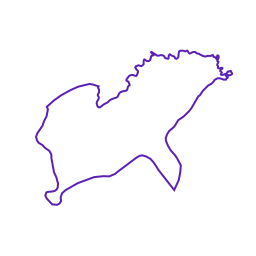 Santiago Atitlán, Sololá, Guatemala (Mercator projection), rotated 15°
{"feature_id": "79465075B45388350866104", "entity_name": "Santiago Atitlán", "entity_type": "district", "adm_level": 2, "iso_a3": "GTM", "parent_name": "Guatemala", "parent_adm1": "Sololá", "projection": "mercator", "projection_center": [-91.211, 14.599], "detail": "fine", "context": "isolated", "style": "outline", "palette": "violet", "viewbox_px": 256, "rotation_deg": 15, "n_neighbors": 0, "source": "geoboundaries", "source_scale": "gbopen_adm2", "svg_char_len": 4150}
<svg xmlns="http://www.w3.org/2000/svg" viewBox="0 0 256 256"><g transform="rotate(15 128 128)"><path d="M74.5,221.4L79.5,220.5L81.4,218.7L82.3,215.9L80.9,212.4L81.2,208.1L83.8,204.1L93.6,194.4L108.0,184.2L116.7,180.9L122.4,179.6L127.5,175.6L128.8,173.6L144.1,154.1L146.6,151.8L148.8,150.7L153.4,150.9L157.8,152.1L161.6,154.6L165.6,158.1L168.1,160.5L188.7,176.0L190.5,165.1L189.9,157.1L188.7,150.4L183.3,144.6L180.3,142.0L175.1,138.6L171.1,134.7L168.0,130.6L167.1,127.9L167.4,123.9L168.4,120.5L172.4,114.6L174.5,107.4L178.8,102.5L182.5,96.2L184.2,92.2L187.6,79.5L189.0,77.7L190.6,72.9L194.4,66.2L197.1,63.7L198.5,61.4L199.3,59.0L201.6,56.8L204.1,56.2L208.1,56.5L210.2,55.8L210.2,55.1L210.5,54.2L211.1,53.9L211.2,53.0L210.5,52.7L209.0,52.1L209.3,51.3L210.1,51.1L211.0,51.0L211.8,50.9L212.7,50.7L213.4,50.2L214.1,49.6L214.5,48.9L214.3,48.2L213.8,47.8L212.5,46.3L211.8,46.6L211.5,47.1L210.8,47.4L210.1,47.4L209.6,48.0L209.5,48.7L209.3,49.4L208.8,50.1L207.7,50.8L206.3,51.8L205.5,52.3L204.7,52.5L203.9,52.3L203.9,51.4L204.1,50.8L204.2,50.1L203.4,49.6L202.4,49.2L202.3,48.5L202.5,47.9L202.9,47.3L203.8,46.1L203.5,45.5L202.9,45.6L200.6,46.9L199.8,46.9L199.2,46.4L199.2,45.6L198.8,44.7L198.1,44.4L197.8,43.8L197.8,43.0L198.1,42.0L198.2,40.7L197.3,40.5L196.8,40.0L196.9,39.4L197.1,38.5L197.3,37.5L197.3,36.5L197.1,35.6L196.7,34.9L196.2,34.6L195.5,34.9L195.5,35.8L195.5,36.6L195.7,37.6L195.6,38.3L194.9,38.0L194.5,37.4L193.9,37.1L192.8,37.1L192.1,37.0L191.6,36.3L191.0,35.6L190.3,36.1L189.5,36.7L188.7,37.1L187.9,37.3L187.3,37.5L186.4,37.6L185.5,38.2L184.5,38.8L183.5,39.0L182.9,39.0L181.8,39.0L180.6,38.8L179.7,38.5L178.8,38.5L178.0,38.2L177.1,37.9L176.1,38.1L175.3,38.1L174.3,37.8L173.5,37.3L172.8,37.3L171.9,37.5L171.1,37.9L170.5,38.3L170.1,38.6L169.5,39.2L168.9,39.8L168.3,40.1L167.6,39.9L167.1,39.6L165.8,38.3L165.2,37.9L164.5,38.4L163.8,39.1L162.8,39.1L162.1,39.0L161.4,39.1L160.6,39.2L159.8,39.4L159.2,39.6L158.2,40.0L157.5,41.0L157.6,42.0L157.8,43.4L157.8,44.0L158.0,44.8L158.2,45.7L158.2,46.5L157.9,47.4L157.4,48.2L156.6,48.7L155.4,48.4L154.9,47.6L154.1,47.0L153.3,46.9L152.7,46.9L151.7,46.8L150.8,46.5L149.3,46.0L148.9,46.4L148.7,47.3L148.7,47.9L148.8,48.5L149.0,49.4L149.1,50.3L148.7,50.8L147.9,50.8L147.2,50.8L146.4,50.9L145.5,50.7L144.9,49.9L144.0,49.0L143.1,48.9L142.3,48.9L141.7,48.9L140.6,49.2L139.0,50.1L138.2,50.4L137.1,50.5L136.4,50.3L135.7,49.9L135.1,49.7L131.0,48.4L130.7,48.9L131.4,49.4L132.2,49.8L133.5,50.3L133.9,51.0L133.3,51.6L132.3,51.9L131.8,52.7L131.9,56.4L131.6,57.0L131.0,57.7L130.5,58.1L129.2,58.4L128.3,58.3L127.6,58.0L126.7,57.6L126.0,57.6L125.8,58.6L125.8,59.2L125.9,59.9L126.3,61.3L126.6,62.2L126.2,63.1L125.0,64.7L124.2,64.8L123.4,64.8L122.8,64.7L122.1,64.7L121.3,65.1L119.6,66.5L119.3,67.5L119.9,68.2L120.7,69.0L122.7,70.3L123.2,71.2L123.1,72.1L123.0,73.6L122.9,74.7L122.4,75.6L121.5,75.7L119.1,75.6L118.1,75.7L117.3,76.1L116.4,76.7L115.5,77.6L114.6,79.9L114.1,81.1L114.0,82.2L114.5,82.8L115.3,82.9L116.5,83.2L117.0,84.0L117.4,84.6L118.0,85.2L118.5,86.2L118.0,86.9L117.5,87.5L117.3,88.2L117.2,88.9L117.3,89.7L117.3,90.7L117.2,91.6L116.8,92.1L115.9,92.8L115.3,93.1L114.4,93.5L113.6,93.8L112.8,94.3L112.1,94.9L111.5,95.3L111.0,96.0L110.7,96.6L110.4,97.5L110.2,98.6L109.7,100.8L109.1,101.5L108.4,101.9L107.9,102.3L106.9,102.9L105.9,103.6L104.9,104.3L104.2,104.9L103.7,105.5L102.9,106.4L102.5,107.1L102.2,107.8L101.6,108.6L100.9,109.2L100.3,109.8L99.5,110.5L98.5,111.5L97.8,112.3L97.4,112.9L96.7,114.0L95.5,115.3L94.7,115.5L93.9,115.5L93.3,115.1L92.6,114.5L92.2,113.8L91.4,112.4L91.2,111.4L91.3,110.6L91.4,109.9L91.7,109.0L92.0,107.9L92.0,106.2L91.7,105.6L90.9,104.8L90.4,104.3L90.2,103.6L90.3,102.7L90.5,102.1L90.8,101.3L90.6,100.2L90.3,99.0L89.8,98.0L89.3,97.5L88.5,96.6L88.8,95.4L82.6,95.1L79.3,95.5L69.3,100.9L62.3,106.6L54.7,114.0L49.3,120.6L44.1,128.5L45.8,130.6L46.3,137.9L45.1,143.4L44.8,148.0L41.7,156.8L41.5,160.5L42.7,162.3L43.1,163.4L45.5,165.4L49.9,166.7L53.2,168.8L57.9,170.4L60.1,172.7L60.8,173.4L61.8,176.9L68.0,189.9L71.5,194.1L74.1,198.6L74.7,199.3L75.5,203.5L74.9,205.9L73.8,207.5L72.1,208.6L67.0,210.5L65.8,211.4L65.6,214.7L68.0,217.3L74.5,221.4Z" fill="none" stroke="#5b21b6" stroke-width="2"/></g></svg>